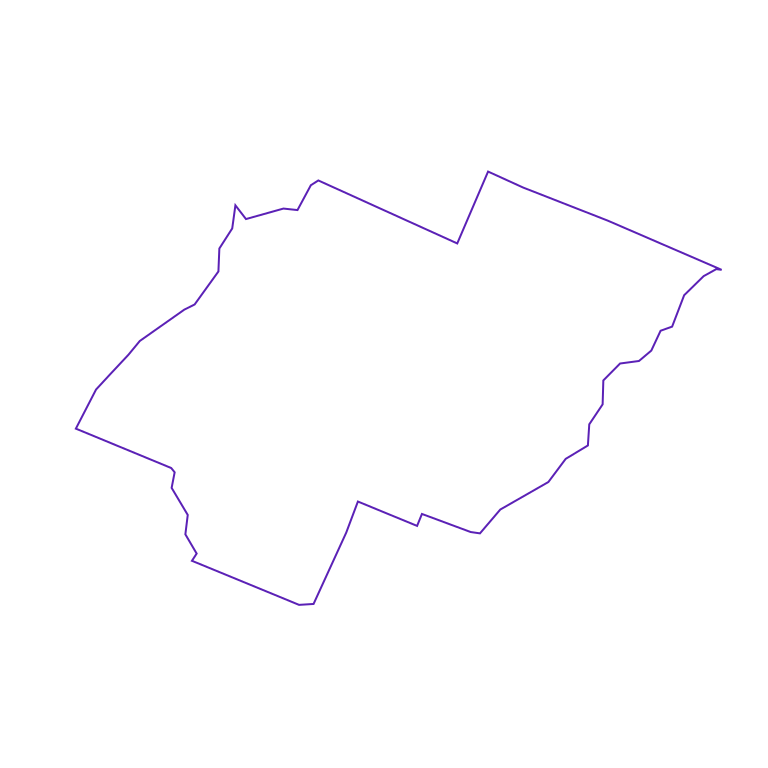 Barbour, Alabama, United States of America, rotated 203°
{"feature_id": "52423323B4191008526240", "entity_name": "Barbour", "entity_type": "district", "adm_level": 2, "iso_a3": "USA", "parent_name": "United States of America", "parent_adm1": "Alabama", "projection": "orthographic", "projection_center": [-85.401, 31.883], "detail": "fine", "context": "isolated", "style": "outline", "palette": "violet", "viewbox_px": 768, "rotation_deg": 203, "n_neighbors": 0, "source": "geoboundaries", "source_scale": "gbopen_adm2", "svg_char_len": 802}
<svg xmlns="http://www.w3.org/2000/svg" viewBox="0 0 768 768"><g transform="rotate(203 384 384)"><path d="M187.5,386.1L172.3,407.1L179.3,427.1L174.8,450.7L183.5,473.0L174.7,495.1L158.3,504.8L151.0,519.2L150.2,541.1L141.2,549.4L142.4,583.0L131.9,608.2L123.0,619.6L117.8,621.0L242.1,621.8L332.5,619.2L371.2,620.2L371.5,542.0L524.0,545.7L529.0,538.4L531.6,510.3L545.1,506.2L575.5,481.9L590.6,490.4L586.6,475.7L584.5,467.9L588.5,444.4L580.4,422.9L589.4,383.2L596.9,374.4L625.6,328.2L630.7,311.0L639.9,285.9L646.9,266.4L650.2,222.5L547.0,223.5L542.2,220.9L538.9,205.4L513.5,186.8L508.1,168.0L490.2,154.7L491.7,146.2L375.9,147.5L362.9,154.0L360.7,232.4L362.1,265.6L298.1,266.3L298.3,279.2L246.4,281.6L237.3,284.0L227.9,313.9L194.4,358.0L187.5,386.1Z" fill="none" stroke="#5b21b6" stroke-width="2"/></g></svg>